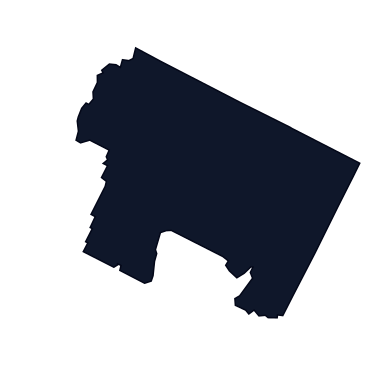 outline of Caribou, Idaho, United States of America, rotated 27°
{"feature_id": "52423323B45551485441937", "entity_name": "Caribou", "entity_type": "district", "adm_level": 2, "iso_a3": "USA", "parent_name": "United States of America", "parent_adm1": "Idaho", "projection": "orthographic", "projection_center": [-111.64, 42.719], "detail": "fine", "context": "isolated", "style": "filled", "palette": "ink", "viewbox_px": 384, "rotation_deg": 27, "n_neighbors": 0, "source": "geoboundaries", "source_scale": "gbopen_adm2", "svg_char_len": 1168}
<svg xmlns="http://www.w3.org/2000/svg" viewBox="0 0 384 384"><g transform="rotate(27 192 192)"><path d="M76.4,89.2L78.9,99.8L76.1,103.6L70.0,105.7L71.6,113.5L66.5,113.1L60.3,115.5L56.3,124.5L58.7,126.2L54.7,131.1L58.0,137.4L58.3,147.7L61.9,153.9L60.3,160.8L57.2,160.8L55.7,167.5L56.6,176.8L57.5,180.8L63.2,189.4L65.2,198.5L70.4,198.8L77.3,192.2L99.2,192.3L99.6,199.5L102.2,201.6L99.9,206.9L104.8,206.9L104.8,220.2L110.9,221.4L112.1,226.4L112.2,257.8L117.0,257.9L117.4,269.9L119.8,269.9L119.8,284.6L122.3,284.6L122.2,294.5L156.5,294.5L159.1,290.2L157.6,289.6L162.1,289.7L163.3,294.6L191.2,294.8L196.1,289.9L195.3,284.3L190.1,270.8L188.5,262.9L185.6,260.0L182.3,242.5L186.6,238.1L191.0,235.6L248.8,235.5L255.7,236.9L255.3,242.0L261.1,245.3L270.9,248.1L275.4,240.7L278.5,231.9L280.4,231.3L280.5,237.2L285.1,241.3L281.6,262.9L278.6,267.5L282.1,273.3L293.5,272.9L298.0,274.9L300.9,269.0L307.9,272.0L313.3,268.6L316.9,269.4L325.0,265.4L324.0,262.7L329.0,260.9L329.0,237.7L329.3,190.3L328.7,138.8L328.6,112.3L328.6,108.5L328.6,106.8L328.6,105.0L328.4,90.2L252.0,90.0L250.3,89.8L193.5,90.3L105.1,89.8L76.4,89.2Z" fill="#0f172a" stroke="#020617" stroke-width="1.5"/></g></svg>